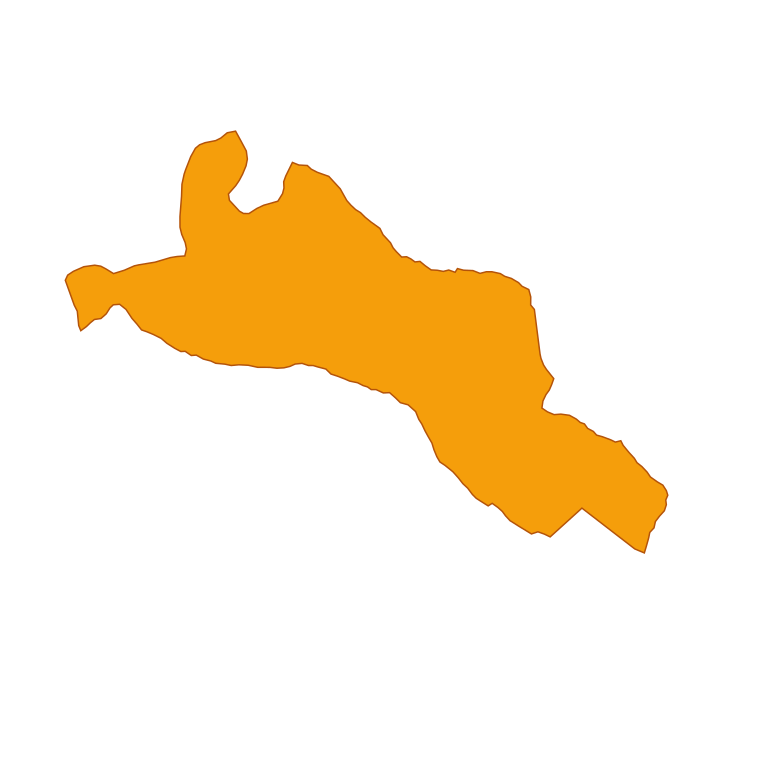 the district of Ivaté, Paraná, Brazil, rotated 313°
{"feature_id": "56859067B17675681137034", "entity_name": "Ivaté", "entity_type": "district", "adm_level": 2, "iso_a3": "BRA", "parent_name": "Brazil", "parent_adm1": "Paraná", "projection": "orthographic", "projection_center": [-53.427, -23.376], "detail": "fine", "context": "isolated", "style": "filled", "palette": "amber", "viewbox_px": 768, "rotation_deg": 313, "n_neighbors": 0, "source": "geoboundaries", "source_scale": "gbopen_adm2", "svg_char_len": 2928}
<svg xmlns="http://www.w3.org/2000/svg" viewBox="0 0 768 768"><g transform="rotate(313 384 384)"><path d="M483.6,165.9L469.1,170.3L463.5,172.7L459.1,177.2L454.0,180.0L445.3,181.7L432.7,174.1L425.7,171.3L416.6,169.0L412.9,165.0L411.8,160.4L412.9,145.7L416.9,140.6L427.9,140.3L434.2,139.3L440.9,137.5L449.5,134.3L455.3,130.7L460.5,124.4L464.0,114.2L467.7,103.0L460.8,98.0L452.5,96.9L447.2,94.9L438.5,88.6L433.2,86.0L427.8,85.3L418.5,87.6L405.4,92.8L401.2,94.7L392.3,100.0L383.1,108.0L367.4,120.5L359.5,127.9L355.5,134.0L351.8,142.2L348.1,147.4L341.8,151.0L336.1,145.7L330.8,141.6L317.0,133.5L303.9,123.4L300.1,120.8L290.1,116.5L280.3,110.9L278.5,102.0L277.0,96.5L273.6,91.4L265.1,84.5L254.6,80.0L247.9,78.4L242.5,80.2L230.4,103.7L228.1,110.0L218.5,120.9L216.2,125.9L223.1,127.2L228.6,127.5L233.7,128.2L238.8,132.3L245.8,133.0L252.8,131.7L257.3,132.0L262.0,136.3L262.6,144.5L260.1,154.9L259.3,162.7L258.2,169.8L260.5,175.0L262.9,181.5L265.4,189.9L265.7,197.5L267.4,206.6L269.2,213.3L272.3,216.3L273.4,223.6L277.1,227.0L279.0,234.8L282.7,241.6L284.4,246.8L290.0,254.1L293.3,259.6L299.1,264.8L305.1,271.9L310.1,280.3L314.7,285.2L318.5,289.4L322.5,294.9L327.6,299.8L332.7,303.2L338.0,305.4L343.2,310.0L346.0,316.1L349.2,319.6L351.3,323.9L355.3,331.3L355.1,338.4L357.8,344.2L360.9,351.8L362.7,356.9L366.9,363.8L368.6,369.8L370.6,373.9L371.2,378.5L374.5,382.0L377.0,389.6L381.5,394.0L381.7,401.9L381.5,408.7L385.2,415.8L385.4,426.0L381.9,433.5L380.5,439.0L377.7,446.0L375.6,452.4L373.5,459.3L370.0,465.4L366.9,472.2L365.1,478.1L366.1,484.1L366.8,494.3L366.1,502.1L364.9,509.7L364.9,516.2L363.5,524.0L363.3,529.3L364.2,534.4L365.9,543.3L370.5,544.5L371.4,551.5L371.5,557.5L370.5,562.8L370.0,569.4L371.9,579.4L374.9,594.1L380.9,597.4L383.6,603.7L385.5,609.8L428.2,613.4L434.4,679.9L438.0,689.6L444.3,686.5L452.0,682.5L456.7,679.6L462.9,679.6L468.5,676.3L475.4,675.6L482.5,675.5L488.3,672.8L491.3,669.2L496.2,667.4L498.6,663.2L500.2,656.9L498.8,650.5L497.7,642.3L499.0,636.5L499.5,628.9L499.0,622.7L500.4,617.7L501.0,609.9L502.2,600.8L504.0,595.9L499.3,592.8L497.9,588.2L494.4,579.7L491.6,574.3L492.1,569.5L490.4,563.2L491.5,557.8L489.7,553.7L489.5,548.6L487.6,541.0L482.6,533.9L477.6,529.3L475.1,522.5L474.1,515.9L480.0,511.8L486.7,509.7L492.3,509.0L497.7,507.1L503.7,504.5L505.4,493.0L506.7,487.8L509.8,481.3L512.4,477.6L541.1,443.1L541.8,437.4L547.8,431.9L551.8,425.5L549.6,418.3L549.9,413.4L548.1,405.2L545.1,398.9L544.1,393.8L539.7,386.4L535.9,382.3L530.4,378.8L527.6,371.7L521.5,364.6L518.5,359.0L514.2,359.8L511.5,353.6L506.8,350.6L503.6,345.5L499.6,340.7L498.6,333.5L498.2,326.7L494.4,323.4L493.8,318.3L492.5,313.8L488.9,310.3L489.2,302.7L489.8,297.7L491.7,292.5L492.5,281.5L495.0,274.9L493.6,264.0L493.1,256.5L493.3,250.0L492.2,244.4L492.2,237.9L492.8,231.7L494.8,225.4L496.9,218.9L498.2,202.0L496.0,197.0L493.3,190.7L491.5,184.3L491.5,178.9L486.1,172.4L483.6,165.9Z" fill="#f59e0b" stroke="#b45309" stroke-width="1.5"/></g></svg>